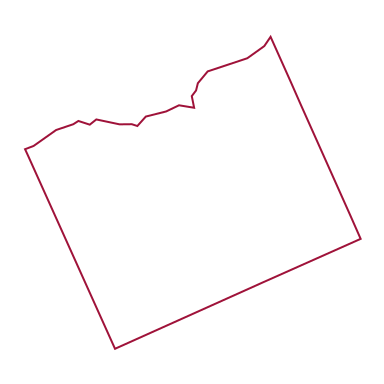 outline of Iowa, Wisconsin, United States of America, rotated 336°
{"feature_id": "52423323B56817190019531", "entity_name": "Iowa", "entity_type": "district", "adm_level": 2, "iso_a3": "USA", "parent_name": "United States of America", "parent_adm1": "Wisconsin", "projection": "robinson", "projection_center": [-90.132, 43.011], "detail": "fine", "context": "isolated", "style": "outline", "palette": "rose", "viewbox_px": 384, "rotation_deg": 336, "n_neighbors": 0, "source": "geoboundaries", "source_scale": "gbopen_adm2", "svg_char_len": 506}
<svg xmlns="http://www.w3.org/2000/svg" viewBox="0 0 384 384"><g transform="rotate(336 192 192)"><path d="M164.6,105.6L153.3,100.7L134.1,86.8L126.0,88.9L117.1,80.9L111.1,81.8L93.1,80.1L66.0,85.5L56.9,85.0L57.0,93.0L57.0,95.2L57.9,303.9L219.7,303.4L327.0,303.4L327.1,278.8L326.9,156.3L327.0,131.5L326.9,82.2L317.4,88.1L296.9,92.3L255.4,88.2L241.6,95.0L237.0,100.9L230.8,104.3L228.2,115.9L215.4,107.5L201.1,107.9L180.5,104.3L168.9,109.5L164.6,105.6Z" fill="none" stroke="#9f1239" stroke-width="2"/></g></svg>